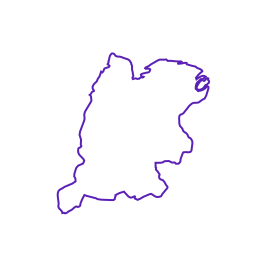 the Department of Nariño, rotated 70°
{"feature_id": "COL-1406", "entity_name": "Nariño", "entity_type": "Department", "adm_level": 1, "iso_a3": "COL", "parent_name": "Colombia", "parent_adm1": "", "projection": "robinson", "projection_center": [-77.896, 1.511], "detail": "fine", "context": "isolated", "style": "outline", "palette": "violet", "viewbox_px": 256, "rotation_deg": 70, "n_neighbors": 0, "source": "natural_earth", "source_scale": "10m", "svg_char_len": 4738}
<svg xmlns="http://www.w3.org/2000/svg" viewBox="0 0 256 256"><g transform="rotate(70 128 128)"><path d="M78.9,147.7L77.2,147.2L75.9,146.0L74.8,144.4L74.1,142.7L73.4,141.3L71.4,139.5L69.9,137.2L65.9,134.0L67.0,133.4L66.5,132.0L65.6,131.2L64.7,130.5L64.1,129.6L64.0,128.4L64.1,126.9L64.2,125.4L63.6,124.3L63.2,124.1L62.3,124.6L61.0,125.3L60.4,124.5L59.7,123.8L58.8,123.7L58.1,123.0L56.6,122.0L56.0,121.7L54.1,120.4L53.1,119.1L52.5,118.0L52.8,116.7L53.4,115.9L54.5,115.4L55.8,115.1L57.1,113.8L58.1,111.4L59.1,109.9L60.9,107.9L62.3,106.1L63.2,104.9L64.7,103.6L67.9,102.8L69.5,103.1L70.7,102.9L72.2,103.3L73.5,103.9L75.0,104.3L77.3,104.5L78.8,104.9L80.9,105.2L81.2,105.4L81.7,106.0L82.4,106.6L83.1,106.8L83.7,106.7L83.7,105.6L83.8,105.0L84.0,103.7L85.0,102.6L85.5,100.6L84.9,99.3L85.0,98.1L85.1,97.9L85.3,97.5L85.5,97.0L85.5,96.3L85.3,95.8L85.0,96.1L84.6,97.1L83.7,97.7L82.3,97.7L81.9,96.7L81.9,95.2L82.2,93.6L82.2,92.4L82.6,90.5L82.7,89.6L82.5,88.9L81.9,88.1L81.2,87.4L80.5,87.1L79.7,87.6L79.2,88.6L78.4,91.1L77.7,91.5L77.2,90.9L77.1,89.3L76.8,87.1L76.0,84.5L75.4,80.8L74.8,78.1L74.6,74.7L75.4,72.7L76.2,70.6L76.7,68.6L78.6,67.7L79.2,65.5L81.2,61.3L82.7,57.9L83.5,55.6L84.6,54.3L84.1,55.6L84.1,57.0L84.3,58.3L84.6,59.6L85.6,56.1L86.2,52.3L86.9,50.7L88.2,51.0L90.0,48.6L91.7,46.2L93.4,43.5L94.8,42.8L96.1,41.5L97.5,39.9L99.3,38.7L100.2,38.8L100.8,40.6L101.6,42.7L102.7,44.7L104.1,47.0L105.7,47.0L104.9,44.4L104.5,42.1L104.6,39.7L105.2,38.6L106.2,37.5L107.0,38.9L107.5,41.3L107.0,43.0L107.7,44.3L108.4,46.0L108.9,47.4L109.9,48.6L110.5,49.1L113.0,50.5L114.1,50.9L114.8,50.8L115.9,50.0L117.3,49.5L117.4,49.1L117.4,48.5L117.4,48.0L117.3,47.8L117.6,47.4L117.7,47.1L117.7,44.2L117.4,43.1L117.1,41.8L116.4,40.5L116.0,39.2L116.7,38.4L118.2,38.8L124.4,43.5L126.6,46.0L126.7,47.5L127.1,49.3L127.9,52.1L128.1,52.9L128.0,53.8L127.8,54.7L126.9,57.4L126.8,58.1L126.8,58.9L126.9,59.6L128.1,62.8L133.1,70.9L133.3,71.7L133.5,74.3L133.8,74.9L134.4,75.7L136.5,76.7L138.6,77.3L141.1,78.2L142.7,78.4L143.9,78.4L147.2,77.1L149.4,77.2L151.4,76.2L152.5,75.2L153.0,74.9L154.9,74.4L156.8,74.3L158.1,73.8L158.3,73.5L158.9,72.9L159.3,72.7L159.7,72.5L160.9,72.3L161.7,72.2L162.7,72.2L163.5,72.4L164.8,72.9L170.9,76.1L171.8,77.4L171.5,79.7L170.5,81.6L170.2,82.8L170.0,83.4L169.8,84.1L170.0,84.7L170.7,85.4L174.8,88.9L175.8,89.5L176.5,89.8L177.8,90.6L178.8,92.6L178.1,94.9L177.8,95.3L177.5,95.4L176.7,95.7L176.3,96.1L176.1,96.7L176.0,97.2L175.5,98.5L173.0,100.9L172.0,104.0L171.8,104.7L171.8,105.8L172.2,107.0L172.1,108.1L171.8,109.3L170.1,114.0L174.3,115.5L174.9,115.2L175.1,115.2L175.7,115.6L176.4,116.0L176.5,116.0L179.9,114.7L181.1,114.6L182.2,114.2L182.6,114.2L182.9,114.4L183.2,114.8L183.8,115.2L185.0,115.6L185.8,115.7L186.5,115.5L187.0,115.2L187.8,114.5L188.2,114.0L189.1,113.0L189.6,112.8L191.7,112.1L194.6,111.7L196.8,111.0L197.4,111.3L197.9,111.6L200.1,115.4L202.1,118.8L202.8,119.4L203.1,119.8L203.4,120.4L203.5,121.1L203.4,121.8L203.1,123.4L202.8,124.3L202.0,125.4L201.2,126.2L197.9,128.6L197.6,130.1L197.9,136.7L198.6,140.5L198.8,143.5L196.7,145.6L195.4,145.7L195.1,145.1L195.0,144.9L194.7,144.9L194.5,145.2L194.4,146.1L194.6,147.8L194.5,148.7L194.3,149.4L193.3,150.4L192.6,151.0L187.6,153.1L186.5,153.5L186.4,154.6L186.2,158.0L186.7,162.3L186.8,162.8L187.1,162.9L187.4,162.8L187.9,163.0L189.2,164.3L190.1,164.6L190.4,164.9L190.6,165.6L190.7,166.3L190.0,168.4L189.7,169.1L186.4,177.2L184.4,181.0L183.1,182.1L181.8,184.0L177.6,190.1L176.1,191.9L178.9,195.0L182.1,198.0L183.4,198.9L184.5,199.4L184.9,200.0L185.1,200.7L185.1,202.0L184.9,202.5L184.6,202.8L184.3,202.9L184.1,203.4L184.0,204.2L184.2,205.1L185.6,208.8L185.8,209.9L186.0,212.3L186.6,213.9L186.8,215.5L186.7,216.0L186.5,216.6L186.0,216.9L185.8,217.1L185.6,218.3L185.5,218.8L184.5,218.6L183.3,218.8L179.8,220.3L178.3,220.4L177.2,220.0L176.2,219.4L174.9,218.9L167.5,217.2L165.1,216.2L163.2,214.6L162.5,212.6L162.2,210.2L161.6,207.6L161.2,199.3L160.2,195.5L157.4,194.7L157.0,194.8L155.0,195.1L152.5,193.9L147.9,190.4L146.4,187.9L146.0,182.3L143.9,180.4L142.2,180.4L136.7,182.8L135.3,183.1L133.9,183.1L132.4,182.7L130.8,182.0L130.0,181.3L129.9,180.4L129.9,179.6L129.7,178.8L129.0,178.0L128.7,177.9L128.3,178.1L127.6,178.1L122.8,176.1L117.9,175.9L115.0,174.3L106.0,166.6L104.6,165.7L100.4,164.5L99.1,163.7L97.5,162.3L90.9,154.1L90.2,153.4L89.7,153.0L85.8,152.0L84.8,152.1L83.8,152.7L83.4,151.5L82.0,149.7L81.7,148.9L81.6,147.4L80.9,147.2L79.9,147.5L78.9,147.7ZM114.2,40.3L114.3,40.7L115.9,43.0L116.6,44.7L116.7,47.2L115.9,49.3L114.0,50.0L112.4,48.9L110.5,46.8L109.0,44.4L108.3,42.7L108.5,41.6L109.0,41.1L109.5,40.8L109.8,39.9L109.3,39.1L108.3,37.0L108.4,36.0L109.1,35.6L110.3,36.3L111.8,35.8L113.3,36.7L113.7,38.1L114.2,38.8L114.4,39.8L114.2,40.3Z" fill="none" stroke="#5b21b6" stroke-width="2"/></g></svg>